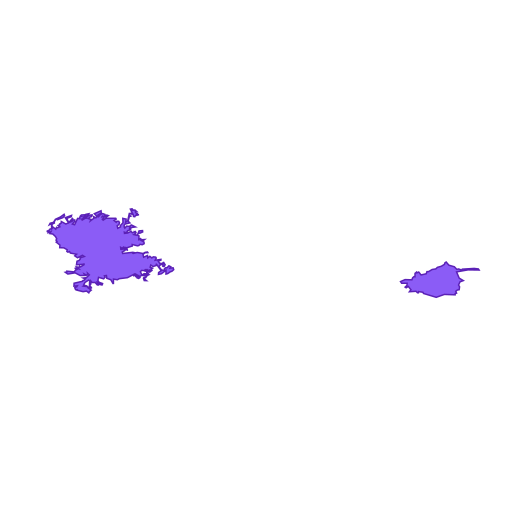 the district of Røst nor, Norway, rotated 228°
{"feature_id": "86288312B15540071122538", "entity_name": "Røst nor", "entity_type": "district", "adm_level": 2, "iso_a3": "NOR", "parent_name": "Norway", "parent_adm1": "", "projection": "mercator", "projection_center": [12.078, 67.493], "detail": "fine", "context": "isolated", "style": "filled", "palette": "violet", "viewbox_px": 512, "rotation_deg": 228, "n_neighbors": 0, "source": "geoboundaries", "source_scale": "gbopen_adm2", "svg_char_len": 6158}
<svg xmlns="http://www.w3.org/2000/svg" viewBox="0 0 512 512"><g transform="rotate(228 256 256)"><path d="M351.0,99.7L345.2,103.6L343.3,106.6L340.5,107.1L341.0,108.2L340.9,110.7L344.0,110.1L342.0,112.8L343.9,111.4L343.8,112.6L345.4,112.6L345.7,114.6L348.4,116.2L348.1,115.0L344.2,111.2L344.5,110.0L345.9,110.4L348.6,108.0L348.1,109.5L349.7,108.4L350.8,111.1L350.1,115.4L347.8,116.6L345.9,116.5L344.0,118.7L340.7,118.7L340.1,119.3L342.7,120.3L339.8,121.6L340.7,120.5L340.2,120.3L337.0,122.5L339.3,122.2L337.6,123.9L342.5,121.2L342.2,121.9L343.6,122.1L345.5,124.7L341.0,127.5L341.2,129.6L342.7,130.1L341.6,131.8L339.3,130.2L335.5,132.2L331.3,131.3L331.0,131.7L334.2,134.6L331.1,137.1L330.7,139.1L325.9,146.0L323.8,154.2L321.2,155.1L321.6,153.2L322.4,153.7L323.2,153.0L323.4,151.2L322.9,152.9L320.6,153.0L320.1,154.1L320.9,154.1L319.9,155.7L319.2,155.1L320.0,153.8L319.4,153.0L317.9,153.7L317.6,155.4L318.5,156.1L318.3,157.5L314.8,162.4L314.3,160.0L315.2,158.8L314.8,157.5L312.5,156.5L311.0,158.1L313.7,157.6L314.7,158.7L313.7,159.4L314.3,162.0L313.8,163.9L315.0,163.3L315.2,164.3L317.6,164.3L315.8,163.0L317.8,160.8L318.1,158.4L321.7,159.6L321.8,161.4L319.8,163.3L320.0,164.6L318.9,165.8L318.5,164.2L317.2,166.8L316.8,165.6L316.2,165.8L316.0,167.6L315.1,166.6L314.9,169.1L316.5,169.5L316.2,170.9L318.5,169.8L319.7,171.8L317.1,172.4L315.6,175.7L317.1,176.6L308.5,175.7L308.9,172.6L307.6,171.2L306.1,173.8L305.6,179.5L302.8,177.0L302.0,178.6L301.6,181.7L300.9,183.3L300.9,185.7L302.7,186.5L304.5,183.9L305.0,185.5L307.0,184.7L306.8,182.0L307.7,181.2L307.7,179.3L306.3,178.5L308.9,176.4L313.2,176.8L313.4,178.8L312.3,181.6L310.7,179.9L309.7,180.6L310.3,182.6L313.0,183.1L313.3,182.5L312.5,181.7L313.9,180.6L313.0,180.1L313.6,179.3L317.7,179.9L316.5,182.5L317.1,183.1L320.3,178.2L321.2,180.5L322.3,180.7L324.1,179.1L324.3,177.3L326.8,176.9L327.0,174.3L329.0,175.7L330.3,171.7L332.7,173.0L332.7,175.6L330.9,177.9L331.6,178.0L332.9,176.0L333.4,173.8L338.1,170.1L340.1,166.4L340.6,166.3L340.4,167.5L341.2,166.9L347.1,158.6L348.5,159.3L347.9,161.8L349.0,162.4L350.2,162.7L350.5,160.9L351.4,160.0L353.0,161.2L351.5,161.7L351.2,163.6L349.8,163.1L350.0,164.4L349.0,165.2L348.3,163.3L348.7,162.8L347.9,163.1L348.1,164.0L347.6,164.5L346.8,164.2L345.9,164.1L348.6,165.4L346.2,170.7L347.4,171.7L342.9,174.7L342.2,175.9L342.3,177.6L340.5,179.0L340.0,181.1L341.3,182.1L345.3,180.8L342.9,183.0L342.8,184.2L345.1,181.3L345.3,181.9L347.1,181.5L345.9,181.4L346.6,179.8L349.2,182.5L351.1,181.7L351.6,184.5L350.7,184.8L349.7,187.9L350.8,188.7L352.9,185.9L351.3,182.6L351.4,181.1L353.6,179.6L353.3,181.5L354.6,182.0L353.2,182.4L355.0,182.7L356.1,179.6L357.9,179.6L359.0,175.9L360.8,173.4L361.8,174.1L360.5,174.8L360.2,176.2L360.7,177.5L359.5,180.3L360.9,180.2L361.8,181.9L360.5,181.2L360.2,183.0L358.3,185.8L362.4,184.2L362.8,181.6L364.8,179.8L364.5,177.2L365.6,177.4L367.2,178.7L367.3,180.2L365.0,184.4L367.5,184.3L370.2,188.5L368.8,190.1L370.9,188.9L371.9,190.6L369.0,192.5L367.3,191.4L366.3,192.2L366.7,193.4L365.0,196.6L366.9,195.2L367.2,196.4L368.8,195.5L370.2,196.4L369.5,197.0L371.2,196.8L372.8,194.4L372.9,195.5L374.0,195.5L374.9,194.0L370.4,192.8L372.4,190.3L368.0,184.2L368.4,181.8L370.3,184.2L373.1,182.2L369.7,179.4L369.4,175.6L368.3,174.8L369.1,171.8L371.4,173.1L371.1,175.3L372.2,176.9L373.7,177.2L375.0,175.7L374.6,174.7L377.4,174.2L377.0,176.8L377.9,177.0L384.4,169.8L384.9,166.4L386.2,166.4L386.0,168.2L386.6,169.5L385.2,170.6L384.8,173.3L386.3,172.5L386.3,170.1L388.1,167.7L388.4,168.6L387.0,169.7L387.2,170.7L387.9,171.6L390.2,170.4L391.0,167.9L390.5,165.2L391.1,164.6L392.2,166.0L391.5,169.8L393.3,171.1L395.6,164.2L391.9,164.3L391.5,162.5L394.0,161.6L392.5,160.9L392.9,156.5L393.6,157.9L395.9,156.5L396.1,158.5L395.4,160.0L396.3,161.6L398.1,159.1L398.0,155.8L397.4,155.5L398.3,154.4L399.0,150.9L400.0,151.2L399.3,153.0L400.6,153.7L399.6,154.5L399.2,155.4L399.1,156.6L398.7,157.1L399.3,160.0L400.8,157.5L399.3,155.3L400.3,154.9L401.3,156.2L403.3,153.7L403.3,152.6L402.3,152.6L402.9,151.4L402.5,150.6L401.6,150.1L403.3,148.6L400.6,142.1L402.6,140.9L403.1,144.4L404.1,145.4L405.2,144.2L404.8,142.5L405.7,140.3L406.3,144.7L406.8,144.7L406.1,139.2L410.6,140.5L408.8,145.0L409.6,146.1L412.1,139.9L406.1,138.9L407.0,136.1L411.9,134.4L410.8,133.3L411.2,131.5L410.5,131.0L411.1,129.4L409.0,129.7L409.8,127.4L410.8,127.0L409.9,125.1L413.3,124.5L412.9,122.8L416.1,125.7L415.4,128.2L416.4,128.9L417.2,131.4L415.9,135.2L415.5,133.7L413.7,138.1L414.0,140.7L415.4,141.3L415.9,136.7L417.5,131.5L416.5,128.0L418.1,125.0L417.5,123.4L416.9,125.7L413.2,122.5L413.9,120.6L413.5,120.0L414.2,117.5L413.8,117.2L413.0,117.4L413.1,119.2L412.3,117.4L411.3,119.9L410.6,117.8L408.3,119.7L404.6,120.0L402.1,119.4L401.6,118.0L400.0,117.9L400.0,116.8L395.3,117.6L393.5,115.7L390.6,118.7L386.9,119.9L386.0,118.5L384.7,118.8L384.1,120.4L382.4,120.0L377.4,123.8L377.4,121.4L374.1,122.2L372.7,127.5L370.5,128.1L372.3,124.1L371.3,123.2L371.1,121.5L371.9,119.5L369.6,116.7L365.0,122.7L365.7,123.3L364.6,122.4L365.3,118.3L366.5,118.1L365.9,117.0L367.8,115.5L365.0,115.7L368.4,113.3L365.9,113.7L366.3,112.3L365.8,110.3L371.3,105.3L370.7,104.8L371.5,103.4L368.5,104.1L364.5,110.3L359.1,112.3L356.0,115.9L357.6,116.3L355.0,117.3L355.2,118.8L356.0,119.3L353.5,119.5L353.4,115.4L355.2,112.9L353.2,113.8L353.0,112.2L353.6,110.9L353.3,110.2L357.5,102.6L355.4,100.5L353.4,103.4L353.0,102.2L353.7,100.1L351.7,99.4L350.2,101.1L351.0,99.7ZM127.3,348.6L126.8,346.1L122.7,351.3L120.6,351.4L120.0,352.1L120.8,353.0L117.3,355.8L116.1,355.4L104.7,362.3L101.4,370.3L93.9,378.0L94.8,378.9L94.2,380.2L96.1,380.8L96.0,382.9L95.0,384.4L96.9,386.7L98.9,387.1L100.3,390.3L99.0,393.6L103.6,392.2L110.0,394.4L103.8,404.3L96.3,412.4L97.6,412.6L100.8,409.8L108.2,400.5L107.8,399.5L110.8,397.9L111.7,396.3L115.3,396.2L120.1,393.2L124.3,393.3L124.5,391.8L123.7,390.4L124.4,386.8L126.2,383.2L126.1,381.0L128.1,377.9L128.9,373.9L130.0,372.6L128.9,370.6L131.5,366.0L135.2,366.2L135.8,364.3L136.6,364.6L136.7,362.6L134.2,360.2L135.0,359.5L135.0,357.8L134.0,355.9L138.7,351.0L140.3,346.3L138.3,346.0L134.6,350.1L133.1,348.5L133.1,346.0L131.9,346.3L131.5,348.8L127.3,348.6Z" fill="#8b5cf6" stroke="#5b21b6" stroke-width="1.5"/></g></svg>